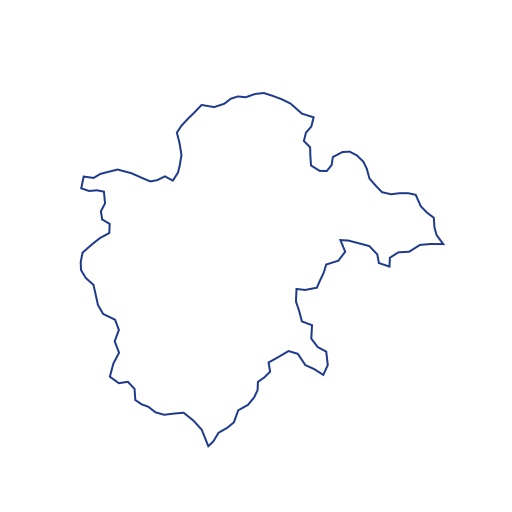 the district of Lamim, Minas Gerais, Brazil, rotated 159°
{"feature_id": "56859067B83633807690549", "entity_name": "Lamim", "entity_type": "district", "adm_level": 2, "iso_a3": "BRA", "parent_name": "Brazil", "parent_adm1": "Minas Gerais", "projection": "robinson", "projection_center": [-43.481, -20.776], "detail": "fine", "context": "isolated", "style": "outline", "palette": "blue", "viewbox_px": 512, "rotation_deg": 159, "n_neighbors": 0, "source": "geoboundaries", "source_scale": "gbopen_adm2", "svg_char_len": 1893}
<svg xmlns="http://www.w3.org/2000/svg" viewBox="0 0 512 512"><g transform="rotate(159 256 256)"><path d="M224.7,141.6L231.0,148.8L234.0,159.1L228.5,171.3L236.6,178.5L235.4,189.4L235.0,199.2L230.0,210.7L222.3,206.7L210.5,204.6L204.5,210.7L198.8,216.1L193.5,222.9L180.8,222.1L171.2,228.0L171.5,240.6L164.2,237.3L155.8,231.3L146.6,224.6L142.2,214.0L143.8,205.4L135.2,198.3L131.6,206.4L121.8,208.4L111.5,205.1L99.0,207.6L88.6,204.6L76.9,200.0L79.9,210.7L79.2,218.6L76.3,228.0L80.6,234.8L84.3,243.2L85.0,255.9L91.6,260.2L99.6,263.2L107.7,265.2L115.5,270.4L119.0,278.7L122.3,287.6L121.3,297.8L122.0,305.6L125.8,313.8L131.2,319.9L138.2,322.1L148.8,320.8L152.8,313.8L159.5,310.0L166.1,312.7L172.2,320.8L169.1,330.8L166.5,338.1L170.1,346.2L165.1,353.3L157.9,357.1L152.5,364.8L162.1,372.4L169.1,385.9L175.9,393.2L183.4,399.8L190.4,405.4L198.8,407.6L208.7,407.9L215.7,411.4L223.0,411.9L231.0,409.5L241.7,410.0L252.7,416.5L262.9,411.7L270.0,408.7L279.0,404.3L285.7,399.5L286.9,388.9L289.4,377.0L294.6,368.1L298.9,361.9L306.6,356.2L312.5,363.0L320.9,362.2L327.9,363.5L334.5,369.8L342.6,377.9L354.2,386.3L364.6,387.6L371.9,388.4L379.6,387.1L388.4,391.9L394.9,381.8L388.5,376.5L381.1,374.4L374.9,370.6L378.1,359.2L384.8,353.3L386.5,345.2L381.1,338.4L384.7,330.0L395.1,328.7L404.2,325.9L416.7,321.3L421.8,313.2L424.4,305.6L422.8,296.5L418.1,287.3L419.5,277.5L421.1,267.0L419.5,256.7L410.4,247.0L410.5,236.1L418.5,227.0L418.5,214.8L427.7,206.7L435.7,195.7L429.6,186.4L420.7,184.5L417.0,175.4L420.3,164.8L416.0,158.6L410.5,153.8L406.0,146.2L398.7,140.7L389.1,138.3L379.7,135.6L373.4,124.7L368.9,113.2L368.7,95.5L362.1,98.3L354.4,104.4L344.5,105.9L336.3,108.6L327.9,118.3L316.9,119.9L308.5,124.6L302.6,130.2L299.3,137.8L292.0,139.6L284.3,142.9L282.4,152.1L272.9,153.4L259.7,155.6L252.0,149.7L249.0,136.4L242.1,129.4L235.8,120.9L228.1,128.4L224.7,141.6Z" fill="none" stroke="#1e3a8a" stroke-width="2"/></g></svg>